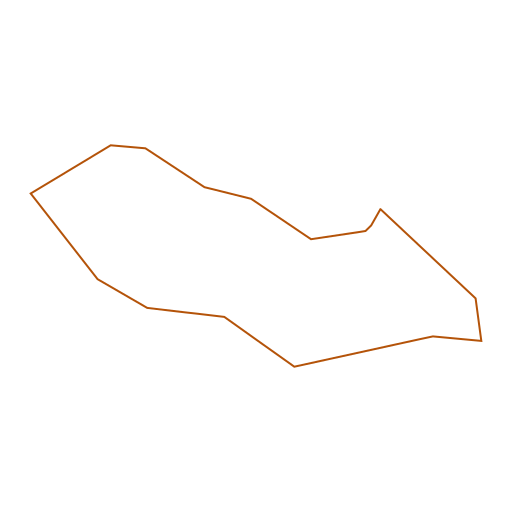 Kabwum District, Morobe, Papua New Guinea
{"feature_id": "67681753B66346590187810", "entity_name": "Kabwum District", "entity_type": "district", "adm_level": 2, "iso_a3": "PNG", "parent_name": "Papua New Guinea", "parent_adm1": "Morobe", "projection": "mercator", "projection_center": [147.108, -6.147], "detail": "fine", "context": "isolated", "style": "outline", "palette": "amber", "viewbox_px": 512, "rotation_deg": 0, "n_neighbors": 0, "source": "geoboundaries", "source_scale": "gbopen_adm2", "svg_char_len": 437}
<svg xmlns="http://www.w3.org/2000/svg" viewBox="0 0 512 512"><path d="M481.3,340.9L475.6,298.4L475.4,298.2L380.5,209.2L380.4,209.2L371.2,225.4L365.5,231.0L359.9,231.9L311.0,239.2L251.1,198.8L212.3,189.1L204.5,187.2L145.4,148.3L110.7,145.3L30.7,193.5L97.6,279.2L147.2,307.9L185.4,312.4L196.4,313.6L224.3,316.9L263.2,344.6L284.9,360.0L294.3,366.7L419.7,339.2L432.9,336.4L481.3,340.9Z" fill="none" stroke="#b45309" stroke-width="2"/></svg>